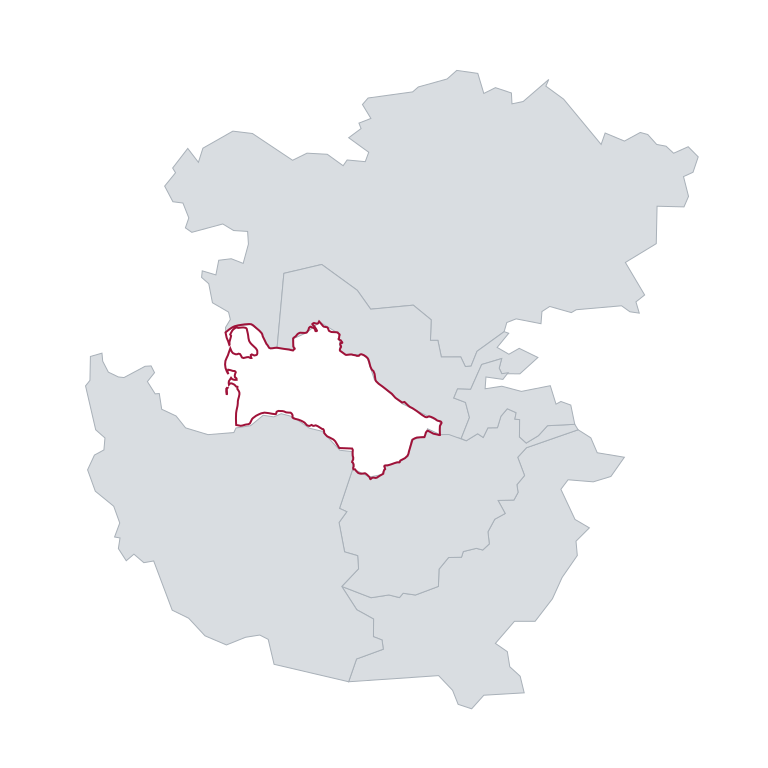 Turkmenistan shown with its bordering countries, rotated 4°
{"feature_id": "TKM", "entity_name": "Turkmenistan", "entity_type": "country or territory", "adm_level": 0, "iso_a3": "TKM", "parent_name": "Asia", "parent_adm1": "", "projection": "orthographic", "projection_center": [58.325, 38.975], "detail": "fine", "context": "with_neighbors", "style": "outline", "palette": "rose", "viewbox_px": 768, "rotation_deg": 4, "n_neighbors": 6, "source": "natural_earth", "source_scale": "50m", "svg_char_len": 10142}
<svg xmlns="http://www.w3.org/2000/svg" viewBox="0 0 768 768"><g transform="rotate(4 384 384)"><path d="M681.6,135.5L677.5,151.2L668.3,156.2L674.7,175.6L670.9,186.4L644.0,187.6L645.8,225.0L616.3,245.9L637.8,277.0L629.6,284.5L633.7,295.5L624.3,294.8L615.5,289.4L570.6,296.5L565.9,299.7L543.9,295.1L536.5,300.7L536.4,312.9L511.3,309.8L502.2,314.1L500.2,323.4L474.5,344.9L469.6,360.1L463.9,360.9L458.7,351.7L439.3,353.0L434.7,336.7L427.3,337.2L426.6,316.7L407.7,303.3L365.5,310.3L350.8,292.4L313.5,269.1L276.4,280.6L274.8,355.6L266.9,356.4L256.9,340.0L246.9,333.9L229.6,337.2L222.5,343.6L222.0,338.6L226.2,330.3L223.9,323.1L207.2,314.9L202.2,296.2L194.6,290.4L194.8,283.8L208.7,286.9L210.5,272.1L222.9,269.7L235.1,273.5L239.0,253.9L237.3,241.3L223.3,241.4L212.0,235.6L181.7,246.1L175.0,242.1L177.7,231.9L170.8,217.5L160.7,216.9L151.4,201.9L161.3,187.8L158.1,183.3L171.8,162.7L183.4,175.8L186.9,161.4L215.6,142.3L235.3,143.3L277.2,167.2L291.1,159.1L311.4,158.8L328.0,169.1L331.6,163.1L349.8,163.5L352.6,153.9L331.6,140.8L343.3,130.8L340.8,125.5L352.4,120.0L343.0,106.7L348.2,99.8L392.2,90.6L397.5,85.3L425.7,75.3L434.7,66.1L455.9,67.6L463.3,87.2L474.5,80.6L490.8,84.8L492.1,95.6L503.1,92.5L527.1,68.7L524.7,75.6L543.3,87.3L583.9,129.9L587.1,118.2L606.9,124.9L622.1,115.2L629.7,116.7L639.3,126.0L648.8,127.1L656.8,133.6L670.9,126.1L681.6,135.5Z" fill="#d9dde1" stroke="#a8b0b8" stroke-width="1"/><path d="M274.8,355.6L276.4,280.6L313.5,269.1L350.8,292.4L365.5,310.3L407.7,303.3L426.6,316.7L427.3,337.2L434.7,336.7L439.3,353.0L458.7,351.7L463.9,360.9L469.6,360.1L474.5,344.9L500.2,323.4L504.9,324.7L494.3,339.6L506.5,345.6L516.4,339.0L535.7,346.8L518.8,364.4L500.8,365.5L497.8,360.2L499.6,350.4L480.1,357.7L470.8,383.3L457.7,383.8L454.6,393.1L466.6,396.7L471.6,411.5L464.8,433.0L443.4,430.6L442.7,418.1L403.6,402.4L374.1,380.3L365.6,359.6L360.3,356.1L343.8,357.5L337.8,353.4L335.9,337.2L315.5,326.7L302.8,338.5L289.7,345.4L292.1,355.7L274.8,355.6Z" fill="#d9dde1" stroke="#a8b0b8" stroke-width="1"/><path d="M628.9,440.3L616.8,460.4L599.6,467.0L574.3,466.7L567.8,476.7L584.0,505.8L598.9,513.2L586.5,527.4L588.8,541.6L575.2,564.5L567.0,586.5L551.3,610.2L530.7,611.6L513.2,635.0L525.7,642.4L529.2,657.3L540.2,666.0L545.4,682.3L505.3,687.5L494.1,701.9L480.3,698.4L473.8,684.8L458.8,671.1L369.5,683.5L375.8,660.2L401.8,648.6L399.9,639.5L391.1,636.8L390.0,619.2L372.6,611.1L356.0,588.9L386.0,598.1L403.6,594.1L414.3,596.0L417.7,591.4L430.1,592.3L452.4,582.1L451.8,564.9L460.5,552.6L473.4,551.4L474.8,545.6L487.6,541.5L494.1,542.7L500.2,536.2L498.0,524.2L503.9,511.2L513.9,504.7L505.9,492.2L521.7,490.7L525.3,482.8L523.6,475.2L530.6,465.5L522.5,447.8L530.6,437.6L580.8,416.1L594.1,423.3L601.5,437.7L628.9,440.3Z" fill="#d9dde1" stroke="#a8b0b8" stroke-width="1"/><path d="M443.4,430.6L452.3,429.9L470.0,434.9L480.9,427.1L486.7,430.4L490.7,420.5L500.2,419.7L502.9,408.0L508.7,400.1L517.8,403.4L517.0,409.9L521.8,410.1L522.8,427.3L530.0,433.0L541.6,424.8L550.0,414.2L577.1,410.9L580.8,416.1L530.6,437.6L522.5,447.8L530.6,465.5L523.6,475.2L525.3,482.8L521.7,490.7L505.9,492.2L513.9,504.7L503.9,511.2L498.0,524.2L500.2,536.2L494.1,542.7L487.6,541.5L474.8,545.6L473.4,551.4L460.5,552.6L451.8,564.9L452.4,582.1L430.1,592.3L417.7,591.4L414.3,596.0L403.6,594.1L386.0,598.1L356.0,588.9L371.5,570.1L369.7,557.1L356.4,554.2L348.8,525.3L355.8,514.0L348.3,511.2L358.8,470.7L375.9,477.8L388.3,474.5L391.3,465.1L404.2,461.3L413.0,454.5L415.2,438.0L428.5,433.1L430.5,425.6L443.4,430.6Z" fill="#d9dde1" stroke="#a8b0b8" stroke-width="1"/><path d="M464.8,433.0L471.6,411.5L466.6,396.7L454.6,393.1L457.7,383.8L470.8,383.3L480.1,357.7L499.6,350.4L497.8,360.2L500.8,365.5L507.0,364.1L502.3,371.1L485.2,369.9L485.2,381.7L501.7,378.0L521.6,381.8L550.0,374.1L557.0,392.1L561.7,389.1L571.8,392.0L577.1,410.9L550.0,414.2L541.6,424.8L530.0,433.0L522.8,427.3L521.8,410.1L517.0,409.9L517.8,403.4L508.7,400.1L502.9,408.0L500.2,419.7L490.7,420.5L486.7,430.4L480.9,427.1L470.0,434.9L464.8,433.0Z" fill="#d9dde1" stroke="#a8b0b8" stroke-width="1"/><path d="M139.2,578.3L130.5,566.7L131.4,556.0L125.9,555.4L130.1,541.1L122.9,524.8L103.5,511.1L94.3,490.3L100.1,475.1L109.2,469.3L109.4,457.3L99.6,449.8L86.4,406.7L90.4,400.9L89.2,377.0L100.5,372.9L101.8,380.9L108.2,391.4L118.5,395.5L124.2,395.7L144.4,383.0L150.4,382.2L154.3,388.7L147.8,398.1L156.4,409.8L160.5,409.2L164.0,424.7L178.8,430.4L189.1,441.6L211.9,446.8L237.6,442.9L239.4,438.2L253.8,434.9L265.7,423.6L276.4,424.5L283.5,420.8L294.9,422.9L312.7,433.3L325.7,435.5L344.6,453.2L356.8,453.6L358.8,470.7L348.3,511.2L355.8,514.0L348.8,525.3L356.4,554.2L369.7,557.1L371.5,570.1L356.0,588.9L372.6,611.1L390.0,619.2L391.1,636.8L399.9,639.5L401.8,648.6L375.8,660.2L369.5,683.5L293.9,671.3L286.3,646.8L277.6,643.1L263.6,646.3L245.0,655.3L223.0,647.7L205.5,631.3L188.5,624.4L166.6,576.6L156.9,579.0L146.4,571.2L139.2,578.3Z" fill="#d9dde1" stroke="#a8b0b8" stroke-width="1"/><path d="M275.0,355.3L279.0,355.7L282.6,356.0L287.1,356.3L288.5,356.6L290.1,356.8L290.9,356.9L291.6,356.0L292.1,355.5L292.5,355.1L292.4,354.7L291.8,354.3L290.9,353.0L290.5,348.6L290.2,344.8L291.3,343.6L292.5,342.7L294.3,340.2L295.3,339.4L296.7,338.7L301.3,338.6L303.2,338.1L303.8,337.3L304.9,335.1L305.2,333.4L305.8,332.6L306.5,332.0L307.2,332.1L308.5,332.6L309.6,332.9L310.3,333.3L311.0,333.9L311.6,334.9L311.7,335.6L312.0,336.0L312.5,336.0L312.9,336.0L313.2,335.9L313.4,335.5L313.2,335.1L312.3,333.7L310.4,331.2L309.1,330.2L308.5,329.7L308.3,329.2L309.1,328.4L309.9,328.0L311.3,328.3L313.2,328.5L314.0,328.1L314.9,326.1L317.0,328.2L319.2,330.5L320.0,331.0L321.6,331.2L322.9,331.3L323.5,331.5L324.1,332.1L325.3,334.7L326.5,335.3L327.9,335.8L332.6,335.7L334.1,335.8L335.3,337.0L336.0,337.4L336.3,337.9L336.3,338.4L336.0,339.1L336.0,340.4L335.9,341.4L335.6,341.9L335.5,342.3L335.8,342.7L338.0,343.6L338.7,344.6L339.3,345.1L339.5,345.7L339.1,346.1L338.1,345.9L337.6,346.6L337.6,347.8L338.4,349.0L338.6,350.0L338.1,351.0L337.6,352.4L337.6,353.4L337.9,354.0L339.6,355.0L343.6,357.5L344.5,357.6L348.2,356.9L349.9,356.8L350.9,357.1L353.8,357.4L354.7,357.8L355.7,357.8L357.0,357.6L357.9,356.4L358.3,356.2L358.7,356.0L359.5,355.9L361.8,356.6L364.3,358.0L365.9,359.4L366.7,360.6L367.8,363.4L369.2,367.6L370.8,370.5L372.6,371.9L373.9,374.6L375.2,380.6L375.9,381.8L376.6,382.4L378.6,384.1L382.8,386.7L385.2,388.3L389.0,390.9L392.5,393.2L396.1,396.8L396.8,397.3L400.0,399.2L403.4,401.2L405.7,400.5L409.4,403.6L410.9,404.7L411.6,405.1L414.2,406.2L418.4,408.6L423.9,412.1L427.4,414.0L428.4,414.2L429.3,414.1L430.2,413.6L431.2,413.1L433.1,413.5L435.1,414.2L436.4,414.8L438.0,415.6L439.2,416.5L440.1,416.8L443.1,417.4L443.6,417.8L444.0,418.3L444.1,418.9L442.7,422.0L442.8,425.8L443.1,428.7L443.4,430.9L442.6,431.1L440.7,430.7L436.7,430.1L433.2,428.5L430.9,427.5L430.6,427.7L429.7,428.6L429.1,429.7L428.7,431.8L428.0,434.2L424.0,434.6L420.6,435.1L418.4,436.1L416.3,437.5L415.9,439.1L415.5,441.0L414.5,445.5L413.6,449.5L413.2,452.1L412.4,454.0L410.1,456.5L407.3,458.2L405.8,459.1L405.2,460.0L405.1,460.9L404.6,461.2L403.4,461.1L402.2,461.3L399.5,462.4L396.6,463.7L393.1,465.0L391.1,465.1L390.3,465.4L390.0,466.0L390.4,467.0L390.8,467.8L391.1,468.8L390.3,469.7L389.8,471.1L389.5,473.6L388.3,474.4L386.3,475.7L384.1,477.4L383.6,477.8L382.3,478.3L381.0,478.2L379.8,478.1L378.6,478.5L377.3,479.8L376.7,479.5L376.3,478.2L375.6,477.5L373.5,475.7L371.7,474.5L370.9,474.4L369.3,474.8L367.3,475.1L365.7,474.9L364.4,474.5L362.3,472.7L361.6,471.8L361.0,471.1L359.6,471.3L359.2,470.5L359.1,469.6L359.5,468.4L359.3,466.3L358.5,464.8L357.6,464.1L357.7,463.6L358.0,462.6L358.5,461.6L358.5,459.7L357.8,457.7L357.5,454.8L357.5,452.0L356.7,450.6L349.9,450.8L343.9,451.0L343.6,450.7L341.2,447.2L339.3,444.5L337.4,442.9L333.1,441.0L331.0,440.2L329.3,438.7L327.8,437.1L327.4,434.8L327.1,434.1L326.7,433.5L326.3,433.2L325.7,433.3L320.8,430.7L318.8,430.0L317.0,430.6L316.2,430.7L314.6,429.9L312.7,431.0L311.9,431.0L310.8,430.8L309.9,430.4L307.4,428.0L305.4,427.0L303.9,426.4L301.0,425.5L298.0,425.0L296.4,424.6L295.3,424.0L295.0,423.7L295.0,422.8L295.0,421.7L294.6,420.8L293.8,419.8L292.8,419.1L290.9,419.2L288.2,419.1L286.1,418.3L284.4,418.1L282.4,418.2L280.7,418.2L279.5,418.7L278.8,419.3L278.4,421.3L278.0,421.6L277.3,421.7L276.3,421.6L274.4,421.5L271.1,421.1L266.8,420.9L263.6,421.8L261.1,423.1L258.6,424.6L255.7,427.1L254.8,428.2L253.0,432.6L252.2,433.2L251.3,433.7L250.3,433.8L248.3,434.3L245.7,435.3L243.9,435.7L239.4,435.2L239.2,433.8L238.7,428.5L238.5,423.3L238.7,420.8L239.4,416.0L239.5,413.5L239.4,411.3L239.7,409.1L240.2,406.7L240.5,404.2L240.3,402.5L239.5,401.0L238.1,399.2L238.0,398.2L238.0,397.0L236.6,396.8L235.4,395.6L234.4,394.9L232.3,394.1L231.2,394.0L230.2,394.4L229.4,395.5L229.0,393.8L229.1,392.0L231.0,388.5L232.0,389.6L233.4,390.1L235.0,390.3L236.7,390.1L236.5,388.8L235.7,388.1L234.8,387.5L234.5,385.9L234.8,384.2L235.3,382.6L234.8,381.9L234.1,381.5L232.3,381.5L229.9,380.9L227.6,380.6L226.9,382.4L228.1,385.0L227.1,383.7L226.1,382.0L224.8,379.1L224.1,375.6L224.2,372.0L225.2,369.0L226.3,366.2L227.2,362.7L228.2,359.2L229.0,360.8L229.8,362.3L231.1,363.7L231.8,364.0L233.9,364.7L235.3,364.6L236.8,363.9L238.3,364.2L239.4,365.7L240.4,367.4L242.0,367.9L245.5,366.8L247.1,366.6L248.4,367.2L249.2,367.4L249.9,367.3L249.3,365.8L249.1,364.4L250.0,363.7L252.6,364.6L254.4,364.1L254.8,363.8L255.2,363.5L255.5,362.3L255.4,361.0L255.3,359.8L254.8,358.8L253.6,357.3L249.1,353.6L247.6,352.1L246.4,350.3L245.6,347.7L245.1,345.1L244.6,343.1L243.2,338.5L242.6,337.9L241.8,337.6L239.9,337.4L237.9,337.6L234.7,338.2L232.9,337.9L232.0,338.3L229.8,340.1L228.7,341.7L227.1,345.3L228.1,346.6L228.0,347.4L226.9,352.9L227.2,355.6L227.0,355.8L226.7,355.1L225.6,352.3L223.8,348.8L222.3,343.6L225.6,340.5L228.4,338.3L230.6,337.0L231.3,336.7L234.3,335.7L238.2,334.8L241.0,334.2L244.6,333.7L245.8,333.6L247.6,333.7L249.0,334.4L249.8,334.9L252.7,337.1L255.7,339.3L258.3,341.7L259.0,342.7L259.4,343.8L259.7,344.9L261.8,348.5L262.7,350.1L263.9,352.2L265.0,353.3L266.0,354.6L266.6,355.6L267.4,356.1L268.3,356.4L270.4,356.1L272.8,355.5L274.3,355.3L275.0,355.3ZM228.1,404.8L227.9,405.8L227.2,402.8L227.0,399.7L227.6,398.8L228.2,398.9L227.5,400.0L228.1,404.8Z" fill="none" stroke="#9f1239" stroke-width="2"/></g></svg>